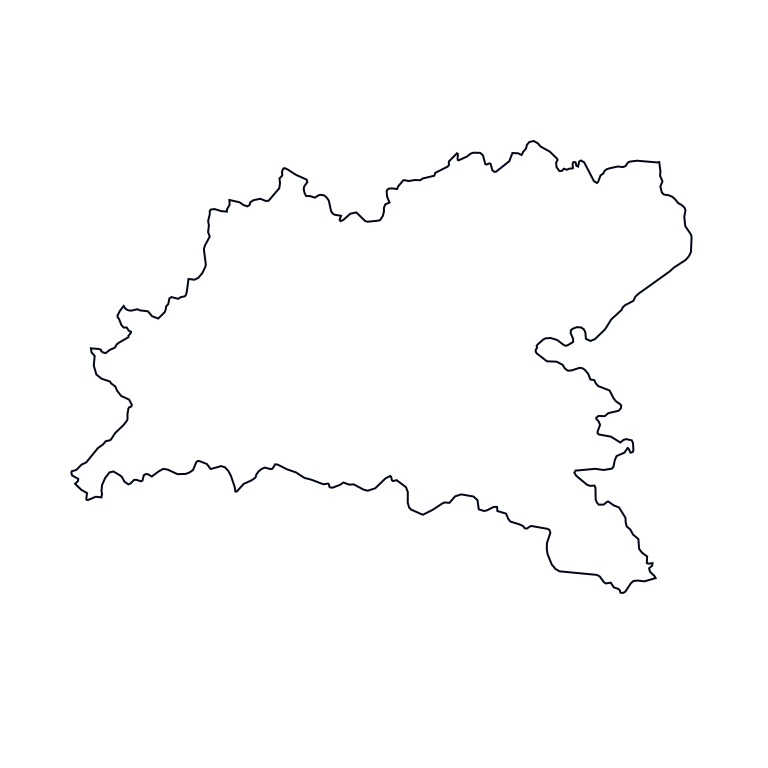 SVG path tracing the border of Bihar, rotated 175°
{"feature_id": "IND-3258", "entity_name": "Bihar", "entity_type": "State", "adm_level": 1, "iso_a3": "IND", "parent_name": "India", "parent_adm1": "", "projection": "mercator", "projection_center": [85.594, 25.909], "detail": "fine", "context": "isolated", "style": "outline", "palette": "ink", "viewbox_px": 768, "rotation_deg": 175, "n_neighbors": 0, "source": "natural_earth", "source_scale": "10m", "svg_char_len": 6141}
<svg xmlns="http://www.w3.org/2000/svg" viewBox="0 0 768 768"><g transform="rotate(175 384 384)"><path d="M616.0,316.6L623.4,312.1L627.2,314.8L629.3,315.0L631.2,314.1L633.0,308.9L634.6,308.2L639.2,310.2L641.4,310.2L645.3,306.9L647.5,306.3L651.1,309.4L653.3,314.4L655.1,316.1L661.1,320.4L665.1,319.9L669.9,314.8L673.7,307.9L674.8,302.0L674.5,298.8L675.4,295.7L681.0,296.8L689.1,294.2L690.3,294.5L690.6,295.6L689.3,301.2L694.7,304.9L700.4,311.5L697.3,314.0L696.8,316.1L702.6,320.0L703.2,322.5L702.7,324.3L698.0,325.2L692.4,330.0L687.4,331.9L674.5,345.2L669.1,348.3L666.3,351.2L661.6,351.9L660.4,353.0L656.1,358.6L647.2,365.7L643.6,369.5L642.6,371.2L642.2,376.2L640.8,381.7L640.0,382.9L637.7,383.6L637.0,385.3L639.3,390.7L646.9,395.0L650.5,400.6L651.9,405.0L655.5,408.1L656.9,410.4L664.9,413.9L669.7,418.5L671.5,427.6L669.8,437.2L672.6,441.0L672.9,445.1L665.0,443.7L663.0,442.8L662.8,441.3L661.0,439.8L658.6,439.0L654.3,441.8L648.9,443.7L646.7,446.9L645.0,448.0L634.5,452.9L634.4,454.3L631.6,457.1L631.5,458.1L633.6,459.3L635.4,462.7L638.4,462.9L640.4,465.5L642.3,471.9L643.6,473.9L643.5,475.4L640.8,479.8L636.5,484.4L634.8,481.2L632.1,479.6L629.1,479.1L623.4,480.0L620.6,478.6L612.8,477.0L609.1,471.7L603.2,468.9L596.4,474.5L595.0,477.1L594.3,480.3L592.0,482.3L590.3,488.0L588.2,489.1L581.6,486.8L579.3,488.1L574.8,488.7L573.5,490.0L572.3,493.5L569.6,505.7L563.8,504.4L559.8,505.9L555.4,510.2L551.6,516.6L551.1,518.8L551.7,534.0L550.4,537.4L544.8,546.0L546.0,550.7L544.6,557.2L545.0,561.6L542.7,568.6L542.5,571.6L541.5,572.8L537.7,573.1L531.1,570.4L525.5,569.4L525.2,571.6L522.1,576.2L522.0,580.8L512.1,577.6L508.1,574.4L504.7,572.9L502.5,573.9L501.2,576.8L497.9,578.5L491.1,579.3L485.7,576.6L483.0,576.6L471.3,588.1L470.1,593.0L470.2,597.9L467.2,600.5L467.1,604.5L465.5,607.4L464.1,607.7L461.3,606.1L453.4,600.0L443.3,594.4L442.8,591.7L446.2,587.9L447.0,585.2L446.4,580.7L445.1,578.0L441.5,577.7L436.6,575.7L432.4,577.8L430.3,577.9L427.8,577.4L425.4,575.5L423.0,571.6L421.7,561.1L420.4,558.4L418.4,556.9L412.1,555.3L413.9,551.5L413.1,550.0L410.2,551.0L402.7,556.6L396.6,557.3L388.6,548.0L386.2,547.1L375.4,547.2L373.5,547.7L370.5,551.6L369.1,555.5L368.7,559.6L367.0,562.9L362.7,564.3L364.6,570.4L364.6,575.6L363.9,577.1L362.2,578.2L359.2,578.2L353.9,577.1L352.8,579.5L347.2,585.1L346.0,585.3L341.6,584.0L336.0,584.5L329.9,583.9L327.8,585.3L315.7,587.1L314.5,589.9L301.7,595.0L300.3,596.3L300.0,600.0L291.2,607.5L290.3,606.6L291.1,601.7L290.9,600.6L290.1,600.3L281.7,603.3L277.4,606.0L274.8,606.6L268.1,605.9L265.5,603.2L263.9,594.2L262.9,593.7L259.7,594.6L258.6,594.0L257.4,587.4L255.8,585.9L253.9,585.7L239.8,595.0L235.9,602.9L230.1,602.1L227.0,600.1L225.0,603.3L222.0,606.1L220.8,609.8L218.1,612.4L213.7,613.0L209.9,610.5L207.3,606.9L198.5,601.0L191.9,593.3L191.6,592.1L193.3,589.4L193.2,584.9L190.7,580.9L188.2,580.8L186.0,582.8L183.2,581.5L180.4,582.4L177.6,582.3L176.9,582.7L177.0,586.6L176.0,588.6L173.9,588.2L173.3,584.5L171.7,583.7L170.2,588.6L168.3,589.5L165.3,587.4L157.2,567.8L154.4,565.7L153.1,566.6L150.1,572.9L147.2,574.6L145.7,577.0L143.7,578.4L141.1,579.1L132.3,580.3L127.1,579.3L124.4,580.0L121.8,583.3L119.6,584.1L112.6,584.4L92.5,580.9L90.5,581.1L90.1,572.2L90.8,567.1L88.9,561.7L91.5,556.6L90.5,550.5L88.6,548.3L83.9,547.2L80.4,545.3L77.8,542.6L75.2,538.5L72.4,536.8L69.6,534.0L68.9,532.4L68.6,530.5L70.3,524.4L70.1,514.9L65.3,506.4L64.8,503.5L66.7,488.8L69.2,484.6L72.7,481.3L85.4,474.5L89.5,471.3L122.7,451.7L126.1,449.0L128.2,445.2L137.1,441.4L139.3,439.7L141.1,436.9L152.0,428.5L159.0,419.2L170.0,410.3L174.6,408.9L178.9,411.4L178.9,417.8L180.1,421.0L182.8,423.2L187.0,423.8L191.2,422.6L193.1,421.3L193.6,418.3L191.7,412.6L191.9,409.4L197.2,406.8L199.4,406.2L201.3,407.0L207.7,412.8L214.0,415.3L218.8,415.4L221.1,414.7L227.5,410.0L228.6,408.7L228.4,406.7L229.8,404.9L230.1,403.1L229.2,401.2L219.7,392.4L210.1,391.2L204.4,387.5L202.4,383.6L199.6,381.2L195.8,381.2L187.5,383.1L185.1,382.5L182.8,380.7L179.7,376.4L178.0,370.5L174.1,369.5L173.2,366.7L170.9,363.3L159.9,357.9L156.5,349.6L154.4,346.5L150.1,342.9L149.6,341.7L150.1,339.2L152.6,336.9L163.1,335.4L167.0,332.7L173.0,333.5L175.4,332.0L175.6,330.9L173.5,328.1L172.3,324.5L175.4,318.0L175.5,316.3L174.4,315.0L162.6,311.8L153.6,305.1L150.4,307.4L147.6,308.0L142.1,306.3L141.1,303.5L141.3,296.6L142.1,294.6L144.4,294.1L146.0,298.3L146.9,299.0L150.4,294.7L158.5,292.0L160.7,288.1L162.6,281.6L164.3,279.8L172.7,279.2L181.0,281.1L200.7,281.0L202.1,279.1L200.5,275.8L190.8,266.2L187.9,264.6L183.2,264.4L182.4,262.2L183.2,250.6L182.4,247.6L180.6,245.1L175.7,244.7L171.9,247.3L170.7,247.3L165.8,243.1L160.6,240.5L155.1,229.6L155.3,225.1L154.6,220.9L151.4,217.7L149.0,212.3L144.1,207.3L144.2,197.5L141.9,193.7L136.9,189.2L137.8,182.8L136.6,182.0L132.1,182.1L132.8,179.6L135.9,177.4L135.9,176.2L135.1,173.4L131.4,169.3L130.3,167.0L141.7,164.7L148.5,166.1L152.6,166.0L155.3,164.1L161.8,156.0L164.3,155.0L166.6,155.5L167.2,158.2L168.4,159.4L172.8,161.4L175.4,166.3L180.5,166.0L182.2,167.4L185.9,173.5L188.7,175.3L225.5,182.1L229.3,184.8L232.6,189.6L235.9,200.2L236.2,205.7L235.5,211.5L231.2,221.2L232.0,224.3L233.6,225.4L249.1,229.6L250.5,229.6L254.4,227.5L256.4,228.0L257.7,230.2L260.7,232.1L270.0,235.9L271.9,238.6L273.7,244.2L282.1,247.6L282.1,251.7L285.4,252.0L292.6,249.1L295.5,248.8L300.5,250.9L301.0,260.2L304.7,264.1L316.6,267.3L322.9,265.9L329.2,259.9L333.8,260.7L336.1,260.0L346.3,254.5L356.5,250.4L357.8,250.9L367.9,256.5L369.7,258.7L370.7,263.6L369.7,274.3L371.1,279.3L379.8,287.1L383.5,286.5L384.5,287.4L385.0,291.0L385.9,291.8L390.8,289.8L401.8,280.9L409.4,279.1L413.3,280.4L422.8,286.6L427.5,286.8L433.0,289.4L436.8,287.3L444.4,285.2L446.5,285.6L447.5,286.6L447.5,288.7L448.4,289.7L453.2,289.4L464.9,295.1L471.3,297.3L479.4,303.6L488.1,307.5L497.0,313.0L499.4,313.5L502.5,309.3L504.3,309.1L510.0,311.1L513.2,310.1L516.4,308.0L518.9,305.2L520.2,302.0L524.2,299.6L532.5,296.7L539.9,289.8L541.4,289.8L541.8,294.9L544.6,306.2L546.7,311.0L549.7,314.9L553.4,316.4L564.1,314.4L567.5,319.8L574.6,323.3L576.3,323.6L577.9,322.3L581.7,315.0L585.3,312.9L589.4,311.7L597.6,312.2L606.8,317.5L611.3,318.7L616.0,316.6Z" fill="none" stroke="#020617" stroke-width="2"/></g></svg>